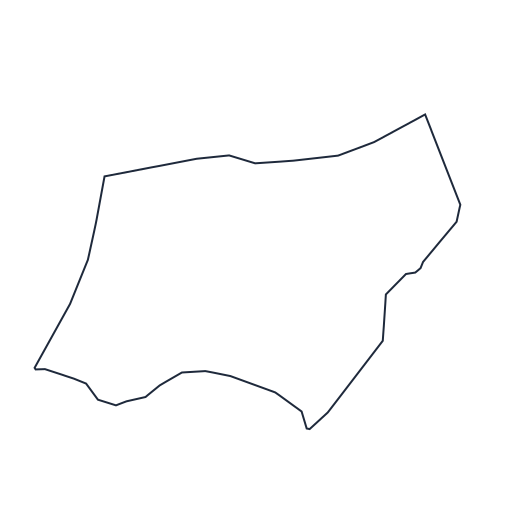 the district of Yarpea Mahn, Nimba, Liberia, rotated 15°
{"feature_id": "62588387B64952289701703", "entity_name": "Yarpea Mahn", "entity_type": "district", "adm_level": 2, "iso_a3": "LBR", "parent_name": "Liberia", "parent_adm1": "Nimba", "projection": "mercator", "projection_center": [-8.674, 7.231], "detail": "fine", "context": "isolated", "style": "outline", "palette": "slate", "viewbox_px": 512, "rotation_deg": 15, "n_neighbors": 0, "source": "geoboundaries", "source_scale": "gbopen_adm2", "svg_char_len": 1072}
<svg xmlns="http://www.w3.org/2000/svg" viewBox="0 0 512 512"><g transform="rotate(15 256 256)"><path d="M71.1,421.3L72.5,422.6L81.4,419.9L100.0,420.9L102.8,421.1L111.8,421.6L124.9,423.2L140.5,435.7L159.4,436.5L162.4,434.3L168.5,429.9L185.8,420.8L187.6,418.2L196.5,405.9L201.5,400.8L214.6,387.7L236.8,380.3L239.3,380.1L244.8,379.7L262.3,378.6L297.6,381.7L309.9,382.8L314.8,384.6L340.3,394.4L349.6,409.5L352.6,409.3L365.8,388.6L374.7,367.2L400.4,305.1L398.5,295.3L397.7,291.1L393.2,268.4L391.4,259.5L405.5,234.6L408.8,233.1L414.1,230.8L415.9,228.3L418.1,225.1L418.2,224.2L418.9,218.5L430.6,193.1L440.9,171.0L440.3,158.9L440.2,156.9L440.1,153.6L415.6,120.3L393.2,89.8L392.3,88.5L382.7,75.5L377.9,80.1L362.9,94.3L340.6,115.4L337.4,117.7L321.2,129.3L319.8,130.3L309.3,137.8L289.2,145.7L286.9,146.6L267.3,154.3L263.2,155.7L255.2,158.5L231.2,166.7L228.3,166.6L204.0,165.8L173.6,177.4L164.7,181.7L139.8,193.8L132.2,197.4L89.1,218.3L92.6,262.2L92.9,266.8L93.3,274.6L94.3,296.2L94.6,303.2L91.3,330.0L88.8,350.4L71.1,421.3Z" fill="none" stroke="#1e293b" stroke-width="2"/></g></svg>